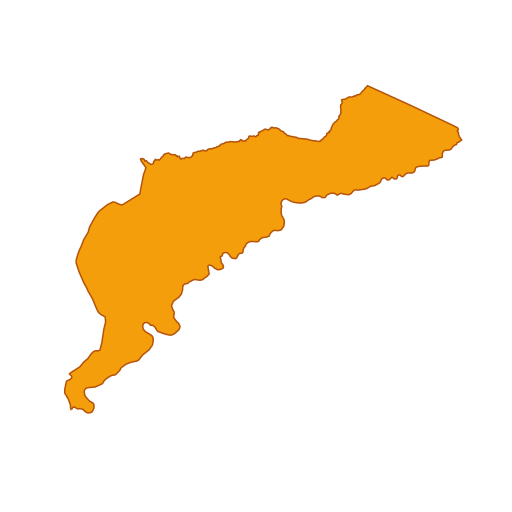 the district of Chokwe, Gaza, Mozambique, rotated 103°
{"feature_id": "85939544B8547864433088", "entity_name": "Chokwe", "entity_type": "district", "adm_level": 2, "iso_a3": "MOZ", "parent_name": "Mozambique", "parent_adm1": "Gaza", "projection": "robinson", "projection_center": [32.883, -24.487], "detail": "fine", "context": "isolated", "style": "filled", "palette": "amber", "viewbox_px": 512, "rotation_deg": 103, "n_neighbors": 0, "source": "geoboundaries", "source_scale": "gbopen_adm2", "svg_char_len": 6097}
<svg xmlns="http://www.w3.org/2000/svg" viewBox="0 0 512 512"><g transform="rotate(103 256 256)"><path d="M385.8,392.9L388.8,394.8L393.5,396.6L398.1,400.0L403.6,402.7L411.7,410.6L412.9,411.2L414.5,408.7L415.0,408.3L416.0,408.2L418.2,409.4L420.1,412.1L421.1,412.5L428.4,412.4L432.2,411.7L433.3,411.0L435.0,409.0L436.2,408.3L436.5,407.5L442.7,403.4L446.4,402.3L447.0,401.8L446.4,401.5L446.4,400.9L444.7,400.4L444.0,398.8L445.2,395.4L444.6,394.0L444.2,391.3L444.5,389.7L445.7,388.0L446.5,386.2L446.7,384.8L446.3,382.9L445.1,380.9L443.4,380.2L440.8,379.7L437.9,380.2L436.1,381.4L434.6,386.0L431.9,389.7L430.3,391.5L427.0,392.8L425.2,392.9L423.8,392.4L422.3,390.8L419.8,383.2L414.9,376.9L411.0,375.6L408.4,373.5L405.8,371.0L404.8,369.6L403.6,366.7L402.7,365.8L398.1,363.0L396.2,362.6L394.6,361.8L390.7,358.4L387.6,353.8L385.0,348.2L384.2,347.4L383.2,346.6L378.1,344.3L371.5,339.1L366.1,336.9L362.6,337.0L359.4,337.6L357.4,339.1L356.5,340.6L354.6,346.7L352.5,349.6L349.4,350.7L347.8,350.5L346.0,349.5L345.5,348.2L345.4,346.4L345.8,345.2L347.2,343.2L346.8,341.6L347.0,340.3L348.1,338.3L350.4,336.2L351.6,334.7L352.5,327.8L352.5,322.2L351.9,320.2L349.8,317.8L346.4,315.3L344.3,314.3L342.9,314.1L341.3,314.4L338.9,316.4L338.0,318.3L334.9,321.9L333.6,322.7L331.5,322.6L328.8,323.2L327.6,324.5L323.5,327.2L318.6,326.2L313.4,321.8L310.0,320.2L306.0,319.9L301.8,320.5L300.1,319.9L299.3,319.0L298.0,316.2L296.4,315.4L293.5,311.9L292.6,310.0L292.3,305.3L291.4,303.2L290.5,302.2L288.8,301.1L287.3,299.4L284.1,297.6L277.1,300.5L276.4,300.5L275.5,299.8L275.2,298.7L275.6,296.3L277.2,293.5L278.0,290.4L277.4,288.1L275.4,285.5L274.5,285.2L272.9,285.6L271.7,286.6L270.3,288.4L267.4,289.4L265.2,290.7L264.6,290.5L264.1,289.5L263.3,289.0L261.7,289.1L260.2,288.2L259.5,286.8L259.4,284.6L260.4,282.8L262.4,280.7L263.4,278.8L263.2,275.2L261.9,274.3L258.0,273.3L257.2,272.5L256.3,270.2L255.9,269.8L255.1,269.6L252.7,270.0L250.2,269.4L249.0,268.6L246.4,268.2L244.6,266.7L243.4,265.3L242.8,263.3L241.7,257.5L240.8,256.6L239.6,256.4L236.9,254.3L235.1,249.8L233.6,247.6L232.2,247.5L229.8,246.7L227.3,244.8L226.9,243.9L226.2,239.7L224.8,237.3L220.6,235.6L216.8,235.9L214.2,236.9L210.7,240.1L208.2,241.2L204.7,242.0L201.7,242.0L200.0,243.2L199.0,243.5L196.8,243.3L194.9,242.3L193.9,241.0L193.5,239.2L194.9,233.7L195.1,230.9L194.9,227.7L194.2,223.7L192.7,220.3L189.1,217.0L187.1,214.5L186.1,214.0L184.3,211.6L183.3,208.4L183.4,206.8L184.2,204.5L183.5,201.8L180.5,200.6L178.1,197.3L177.4,195.1L177.4,192.9L178.5,190.5L176.4,188.3L175.8,187.2L175.9,183.7L175.5,179.8L175.1,178.8L174.0,177.6L169.8,175.2L169.4,174.6L168.9,173.1L168.9,171.4L166.3,164.9L165.4,163.3L162.3,160.1L160.5,155.8L156.9,152.0L155.6,151.3L153.8,151.2L152.5,150.8L151.3,149.3L151.0,148.4L151.1,147.1L152.3,145.7L152.3,144.5L151.6,143.2L148.8,141.5L148.8,140.6L149.8,138.8L149.4,136.7L148.4,136.1L146.0,136.0L144.9,135.0L144.7,133.7L145.8,132.2L145.7,131.1L145.4,130.5L142.2,128.5L141.3,127.4L140.7,126.2L140.2,123.1L139.5,121.8L138.5,120.8L137.6,120.4L134.5,120.4L133.1,119.5L131.6,116.4L129.5,108.5L128.7,108.1L125.1,108.6L123.8,108.3L122.4,103.9L120.4,100.9L119.0,99.4L118.5,97.7L117.8,96.8L113.6,97.5L111.2,96.7L110.2,94.7L109.2,91.5L108.2,90.1L105.1,88.8L103.1,87.2L102.3,85.7L100.7,85.7L98.9,83.6L96.7,81.7L94.5,84.2L92.2,85.9L90.2,86.5L89.3,87.9L88.6,88.0L87.8,87.3L87.4,87.3L86.1,87.9L85.6,89.0L84.3,94.2L74.3,139.9L65.0,185.7L67.5,186.9L68.1,187.6L70.1,188.2L71.1,189.1L74.7,191.0L75.5,191.9L76.2,193.7L77.4,195.1L77.9,195.1L78.0,196.3L79.5,198.1L80.1,201.1L83.1,204.4L84.1,207.1L84.8,207.7L86.9,206.5L88.5,206.6L90.1,207.6L91.0,207.1L92.2,207.1L94.0,206.1L95.5,206.1L97.3,205.4L98.9,205.6L101.5,206.7L102.0,206.3L103.8,206.3L105.3,207.5L106.6,207.8L107.1,208.7L110.0,210.5L114.4,211.5L115.8,211.2L117.7,212.4L119.1,212.2L119.3,212.5L118.7,213.0L120.0,213.7L120.7,214.6L122.0,214.4L123.1,214.6L124.7,216.2L126.4,216.7L126.9,217.5L128.2,218.1L128.9,219.2L129.9,219.3L130.4,221.4L130.4,224.0L130.8,226.0L130.9,230.6L130.6,232.5L131.7,240.4L131.6,242.6L131.1,244.0L131.6,244.8L131.3,247.1L131.7,248.6L131.4,251.2L131.6,252.7L130.6,254.0L129.8,256.1L128.7,257.2L128.5,259.6L126.9,262.6L126.6,265.6L127.2,267.4L126.9,269.4L127.6,269.7L128.0,270.8L129.2,271.1L130.2,272.1L130.5,273.0L130.2,274.4L130.6,275.3L130.4,276.0L132.3,277.6L133.0,278.9L134.3,279.8L134.4,280.7L135.3,281.3L136.0,280.7L136.9,281.2L137.8,281.0L138.7,282.4L139.9,283.0L139.5,285.4L140.4,286.7L140.5,288.0L140.3,288.6L141.0,289.8L142.7,289.8L143.8,290.4L144.7,291.4L146.2,291.8L146.2,292.8L147.1,294.2L146.6,295.6L146.0,296.2L146.0,296.9L147.2,297.8L148.0,297.8L148.1,298.7L148.8,299.3L148.8,300.3L149.5,301.3L150.3,306.8L150.5,307.6L151.3,308.3L151.8,310.9L153.5,312.4L154.8,315.0L155.7,315.5L156.2,316.2L157.3,316.4L158.1,318.4L159.4,319.5L160.4,321.7L160.9,322.1L160.9,322.7L161.7,323.5L161.8,325.0L162.4,326.0L163.3,327.3L164.5,327.6L165.2,329.9L164.7,330.7L164.8,331.4L165.5,332.1L165.5,332.7L166.8,334.6L166.8,335.8L168.2,337.5L169.3,339.8L170.0,340.5L172.4,340.3L173.2,341.0L174.0,341.2L174.9,342.4L175.5,345.0L175.2,346.3L175.9,347.1L177.2,347.6L177.3,349.6L178.3,350.6L178.1,351.9L176.1,353.0L176.5,354.0L176.4,354.5L176.9,354.8L177.0,355.4L176.2,355.7L176.3,356.4L175.9,356.7L175.5,357.8L176.1,359.3L175.9,360.2L176.3,361.3L175.3,364.2L176.1,366.0L177.1,367.8L178.3,368.8L179.3,368.8L180.4,369.8L184.3,371.7L184.2,373.3L184.9,374.6L184.5,375.9L185.8,376.1L187.1,377.1L188.3,376.6L189.3,377.1L190.3,378.4L190.1,380.1L189.6,380.9L189.6,382.0L187.9,384.1L187.9,384.6L188.5,385.6L187.2,386.5L186.6,387.4L186.9,388.2L186.6,388.9L187.1,390.1L187.7,390.3L188.6,389.5L189.0,389.5L194.7,383.1L202.3,383.9L221.8,383.2L236.4,397.9L236.4,400.6L235.4,405.2L235.5,407.6L239.5,412.4L247.3,418.7L249.3,419.8L255.3,421.9L265.2,424.7L270.7,424.9L279.1,427.6L287.0,428.7L288.6,429.2L294.5,430.0L300.2,430.3L303.2,429.7L311.3,424.8L320.9,417.7L325.4,413.6L327.7,412.0L334.5,405.7L343.6,399.2L346.0,397.2L346.8,396.0L347.9,394.0L349.2,389.5L349.9,389.1L354.0,387.7L361.2,387.8L375.3,386.7L382.6,386.9L383.8,388.1L384.6,391.4L385.8,392.9Z" fill="#f59e0b" stroke="#b45309" stroke-width="1.5"/></g></svg>